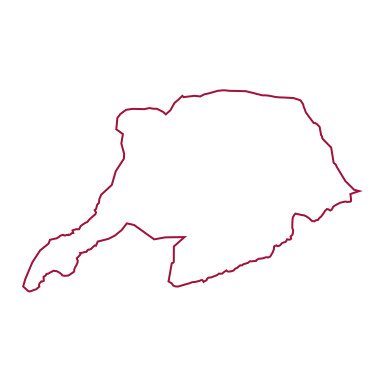 the district of Shani, Borno, Nigeria, rotated 181°
{"feature_id": "59680162B31817043180897", "entity_name": "Shani", "entity_type": "district", "adm_level": 2, "iso_a3": "NGA", "parent_name": "Nigeria", "parent_adm1": "Borno", "projection": "albers", "projection_center": [11.982, 10.196], "detail": "fine", "context": "isolated", "style": "outline", "palette": "rose", "viewbox_px": 384, "rotation_deg": 181, "n_neighbors": 0, "source": "geoboundaries", "source_scale": "gbopen_adm2", "svg_char_len": 3685}
<svg xmlns="http://www.w3.org/2000/svg" viewBox="0 0 384 384"><g transform="rotate(181 192 192)"><path d="M213.9,102.2L210.6,100.2L209.0,98.0L206.8,97.3L204.4,97.2L201.4,98.1L196.4,99.7L193.2,100.6L190.4,101.8L187.4,102.1L183.5,103.1L180.5,104.3L179.5,103.5L178.9,102.3L175.9,104.1L175.2,105.8L174.0,106.6L170.8,107.1L170.7,107.2L169.8,107.6L166.6,108.8L165.1,109.6L163.6,110.9L162.3,110.8L160.4,110.9L159.0,112.2L156.3,114.2L155.5,113.5L154.3,113.0L151.4,113.4L149.1,114.2L147.4,116.1L145.3,117.1L143.8,118.5L142.5,119.5L140.6,119.5L139.6,120.6L136.7,121.5L134.9,122.1L132.8,123.8L131.3,123.7L126.7,124.2L126.3,125.1L123.8,126.5L121.6,126.6L119.1,127.2L116.8,128.1L114.5,127.9L112.6,128.9L110.2,133.2L109.1,136.3L109.1,138.0L109.0,138.9L108.0,139.6L106.7,140.1L105.7,139.4L104.4,139.5L102.9,140.3L101.4,142.2L99.7,143.1L97.6,143.7L96.5,145.3L96.2,146.3L95.4,146.3L94.2,146.0L93.0,146.3L92.1,147.0L92.6,149.2L90.8,151.1L90.3,153.6L90.2,155.3L91.1,157.8L91.1,160.1L91.1,163.5L91.0,166.4L90.6,168.6L89.4,170.8L88.2,172.2L81.9,170.9L79.4,170.6L77.5,169.7L75.6,168.6L74.2,167.6L72.7,166.1L71.4,165.0L69.1,164.8L67.7,165.9L65.5,166.3L64.3,168.1L62.5,169.7L61.2,171.4L60.0,173.2L58.5,175.6L56.8,177.3L55.2,177.0L53.5,175.9L52.2,176.6L51.3,178.0L50.8,179.4L49.2,180.8L47.1,182.0L43.8,183.8L38.8,185.1L36.2,184.8L33.4,185.1L32.9,185.7L32.9,187.3L33.0,188.6L33.6,192.7L29.5,194.2L24.8,195.8L30.0,197.1L38.9,205.7L47.6,219.5L48.7,221.9L50.9,223.7L53.6,238.8L61.9,247.0L62.8,248.3L62.7,249.0L63.0,249.9L64.0,251.3L64.0,252.0L64.4,253.4L64.5,254.4L65.0,256.4L65.5,259.3L68.1,261.9L70.4,263.2L71.6,263.2L75.2,267.8L79.5,273.5L80.8,276.9L81.4,278.2L82.0,279.8L82.4,281.7L85.2,285.6L92.2,287.7L99.1,288.0L103.3,288.1L105.4,288.1L109.9,288.4L112.1,288.8L117.2,289.7L117.5,289.7L119.7,289.9L123.4,289.9L132.3,292.0L139.8,293.7L148.5,293.8L152.5,293.8L155.9,293.8L161.9,294.3L162.0,294.3L163.7,294.1L168.1,293.6L176.2,291.1L181.6,289.8L185.3,287.7L191.2,288.2L202.1,286.7L203.3,288.0L207.2,284.1L211.0,280.8L215.0,273.4L219.5,269.2L222.3,271.6L228.6,274.6L231.8,274.6L232.2,274.6L236.2,275.2L241.0,274.0L252.6,274.1L257.1,273.4L259.4,273.0L265.1,268.6L267.9,264.7L268.4,258.3L268.8,253.4L262.1,248.7L263.5,239.2L260.5,229.0L260.7,224.1L268.6,211.4L272.3,197.7L282.7,187.7L284.5,183.4L284.8,179.6L286.6,177.6L287.6,173.4L289.0,172.2L287.6,170.0L288.2,168.0L289.6,166.9L294.4,162.5L295.7,160.7L296.5,159.9L297.6,159.6L300.2,157.9L302.8,155.9L304.2,152.8L307.5,152.7L310.8,151.5L310.0,148.9L311.2,148.9L312.5,147.8L313.5,147.1L314.4,146.9L314.9,147.2L315.4,146.8L315.7,146.9L316.6,146.9L317.7,146.4L318.1,146.3L318.3,146.4L318.7,146.4L319.1,146.4L319.5,146.7L319.9,146.7L320.2,146.9L320.7,146.8L321.5,146.5L322.1,146.4L323.1,145.9L324.0,145.0L326.2,143.4L329.7,142.6L333.2,141.7L334.5,137.9L342.8,131.0L347.4,123.7L350.5,118.7L357.2,101.9L359.2,94.6L353.9,90.0L352.4,89.7L346.0,92.1L343.0,94.7L343.4,96.6L342.8,98.0L341.1,100.0L340.1,99.9L338.7,100.5L338.8,103.2L338.9,104.7L337.0,105.8L336.0,107.6L334.3,107.8L332.7,108.9L330.6,110.0L329.0,110.9L327.8,110.6L325.9,110.5L323.5,109.3L321.1,107.6L320.1,106.3L318.9,106.1L317.4,106.0L314.1,106.3L309.7,109.4L308.4,110.4L308.3,112.6L307.9,113.9L307.2,115.3L306.0,117.4L305.3,119.2L305.0,121.0L306.0,123.8L304.1,125.7L303.0,127.0L302.4,128.0L302.8,129.0L300.4,129.4L299.0,129.9L297.7,130.2L296.5,130.3L296.0,130.9L295.9,131.2L295.7,131.8L295.1,132.2L294.5,132.6L293.4,132.6L291.7,133.5L290.0,135.3L288.2,136.9L287.1,136.6L285.4,140.8L274.7,143.7L268.3,147.1L261.6,152.8L256.6,159.5L249.3,158.0L229.0,144.0L217.8,146.2L198.7,146.8L209.2,137.2L209.0,121.7L210.1,120.6L210.9,120.5L211.0,120.4L213.9,102.2Z" fill="none" stroke="#9f1239" stroke-width="2"/></g></svg>